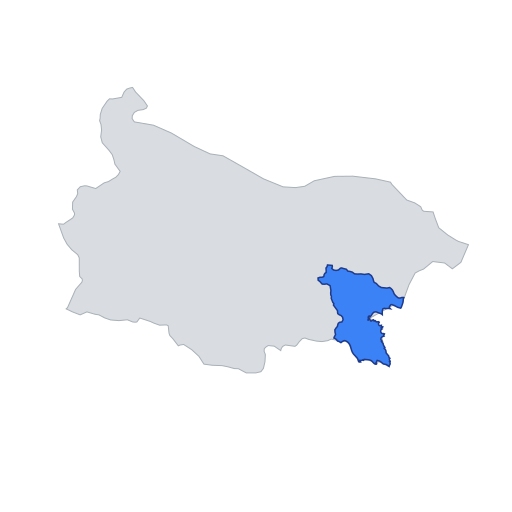 location of Burgas within Bulgaria, rotated 19°
{"feature_id": "BGR-2254", "entity_name": "Burgas", "entity_type": "Province", "adm_level": 1, "iso_a3": "BGR", "parent_name": "Bulgaria", "parent_adm1": "", "projection": "natural_earth1", "projection_center": [27.462, 42.445], "detail": "fine", "context": "in_parent", "style": "filled", "palette": "blue", "viewbox_px": 512, "rotation_deg": 19, "n_neighbors": 0, "source": "natural_earth", "source_scale": "10m", "svg_char_len": 5500}
<svg xmlns="http://www.w3.org/2000/svg" viewBox="0 0 512 512"><g transform="rotate(19 256 256)"><path d="M417.6,317.3L409.1,315.9L406.1,316.3L404.2,318.3L400.2,317.9L395.2,317.9L390.1,320.2L387.2,321.1L383.4,319.0L376.3,312.8L372.0,308.5L368.8,307.4L365.6,308.7L354.1,310.1L351.4,312.7L346.1,315.5L340.7,316.8L333.0,317.7L329.0,317.6L326.7,319.0L324.8,323.0L323.5,327.0L322.3,328.7L312.7,330.6L310.6,332.9L310.0,335.2L310.2,337.4L302.6,335.3L296.7,336.7L295.3,338.4L294.0,340.9L294.7,343.5L296.9,346.1L298.9,353.0L299.6,359.9L298.3,363.8L293.9,366.6L284.8,369.7L276.0,368.3L272.1,369.5L265.6,369.9L259.6,370.7L250.4,373.5L242.0,375.2L234.6,369.4L225.7,365.5L216.4,363.2L213.2,364.9L211.8,366.2L204.0,361.1L200.5,359.3L198.9,357.3L195.7,350.5L193.8,350.3L187.3,352.8L181.1,352.7L177.4,352.3L166.3,352.5L164.8,357.2L163.4,357.9L161.0,358.5L155.1,358.2L147.5,361.7L139.4,363.8L133.1,363.8L126.6,362.8L122.7,363.5L114.3,363.9L108.9,368.9L100.6,368.6L93.7,367.8L94.6,366.2L96.3,346.3L99.9,337.4L99.8,335.6L99.0,334.2L96.0,332.8L93.9,328.0L89.5,315.3L87.0,312.8L79.8,310.1L73.6,306.4L68.3,301.6L58.8,289.8L63.7,288.6L65.3,286.2L70.3,279.7L71.0,276.4L70.5,274.6L67.2,271.5L65.1,264.7L66.9,258.3L67.1,255.0L65.5,251.7L67.3,247.7L70.9,245.5L73.2,244.8L82.5,244.4L88.6,236.3L92.2,233.7L96.0,229.1L97.7,227.4L99.4,223.8L100.0,220.2L92.7,215.1L90.3,211.2L87.1,207.0L82.7,204.0L73.8,199.0L70.4,193.9L69.0,187.2L66.7,182.2L64.1,179.0L63.7,176.3L62.7,173.0L62.5,166.6L64.8,158.1L66.3,155.1L69.3,154.2L77.4,149.7L77.9,143.9L79.4,140.3L82.1,138.2L84.4,136.8L88.8,140.2L99.3,145.6L104.5,149.5L104.2,151.9L101.7,154.3L97.0,156.7L94.2,159.8L93.4,163.7L94.1,166.4L97.3,168.8L116.5,165.7L136.0,167.3L162.0,172.6L179.3,174.4L192.2,172.0L215.9,176.4L237.9,180.6L259.1,181.8L271.0,178.5L279.4,174.2L286.6,165.9L304.4,155.1L321.6,149.0L344.1,144.1L359.1,142.4L361.2,144.1L380.3,154.0L388.8,154.1L395.7,155.8L398.2,158.5L400.0,159.1L409.1,156.7L413.2,162.1L419.6,169.8L430.4,173.7L440.0,175.9L443.0,176.3L453.2,176.1L451.8,195.3L445.8,204.2L436.6,201.2L424.9,203.7L418.7,213.8L415.2,216.8L412.0,220.3L410.0,233.5L409.6,255.1L405.1,257.7L401.0,258.5L384.1,277.5L393.9,282.8L398.2,286.9L405.4,298.2L415.6,311.0L417.6,317.3Z" fill="#d9dde1" stroke="#a8b0b8" stroke-width="1"/><path d="M388.0,322.7L387.1,322.1L385.6,320.1L384.7,319.4L380.0,316.9L378.5,315.7L377.1,314.1L374.4,310.2L372.7,308.6L370.7,307.5L368.4,307.0L367.1,307.2L366.3,307.8L364.9,309.6L364.7,309.9L364.6,310.2L364.4,310.3L362.8,309.9L361.4,309.8L360.7,309.9L359.7,309.1L358.7,308.6L357.5,308.2L356.4,308.2L356.3,307.4L356.8,304.4L355.5,302.3L354.6,300.1L355.2,297.8L355.9,296.1L355.7,294.8L355.7,292.9L356.6,291.5L358.7,290.4L359.1,287.9L357.8,285.7L355.9,284.6L354.0,284.5L352.1,283.9L351.4,282.6L350.9,281.2L345.2,277.2L345.1,275.6L343.8,274.9L341.3,272.0L340.8,271.3L340.7,270.2L340.2,269.2L339.4,268.5L338.6,266.5L338.1,264.3L335.7,259.9L332.0,259.3L329.9,260.4L327.7,261.0L326.2,260.2L324.7,259.3L322.7,258.7L321.8,256.6L323.4,255.3L325.4,254.6L326.8,253.4L326.5,251.4L326.8,249.9L327.7,248.8L327.0,246.7L326.1,244.6L326.7,242.8L326.5,241.2L331.1,240.1L331.7,241.3L331.7,243.1L333.9,244.0L336.4,243.6L338.5,242.4L339.8,240.0L340.9,239.4L342.2,239.4L345.8,239.1L347.7,240.4L349.8,240.0L352.3,239.9L355.0,240.8L358.0,240.0L361.0,238.8L364.6,238.1L368.4,236.1L371.5,237.0L373.9,239.2L375.9,242.2L377.2,242.6L378.7,242.8L381.6,244.4L384.7,245.0L390.3,243.7L392.6,242.3L394.3,242.8L396.0,243.7L397.5,245.1L398.8,246.7L400.5,247.8L402.2,248.6L404.1,249.3L405.9,248.9L407.3,247.8L408.8,247.2L409.3,247.2L409.2,248.5L409.7,250.2L410.1,252.3L410.1,256.1L410.0,257.6L409.8,258.2L406.6,258.4L403.2,257.8L400.4,257.7L399.7,257.9L399.3,258.3L398.9,259.4L398.7,260.3L398.7,261.0L399.2,261.6L400.2,262.1L398.5,262.4L395.7,263.5L394.3,263.7L393.1,264.7L393.3,266.8L394.0,269.0L394.5,270.3L393.5,269.9L387.6,269.7L385.8,270.7L384.9,272.4L384.5,274.3L383.8,276.3L382.6,275.8L382.0,276.5L382.1,277.7L382.9,278.5L382.6,279.0L382.6,279.4L382.9,280.7L383.0,280.1L382.9,279.6L383.3,278.0L385.3,279.9L385.9,280.1L386.7,279.4L387.2,278.5L387.8,278.1L388.9,279.1L389.5,278.3L390.1,278.4L390.6,278.8L391.1,279.1L392.0,278.8L392.6,278.5L393.2,278.2L394.1,278.5L394.1,278.9L394.0,279.0L393.9,278.9L393.7,279.1L394.0,280.5L394.7,281.4L395.6,281.6L397.1,280.7L397.3,281.4L397.6,281.8L398.2,281.9L398.9,281.7L398.9,282.3L398.5,282.4L397.6,282.9L398.0,283.7L398.3,283.9L398.9,284.0L398.3,284.8L398.2,285.9L398.6,287.0L399.3,287.8L400.2,288.2L401.0,288.1L401.8,287.8L402.8,287.8L402.8,288.3L402.4,288.7L402.4,289.2L402.7,289.6L403.2,290.0L401.7,291.2L400.9,292.7L401.2,294.2L402.8,295.4L402.5,295.6L402.4,296.0L404.6,297.4L405.0,297.9L405.3,298.5L406.0,299.3L406.9,300.0L407.6,300.4L407.5,300.6L407.3,301.2L407.2,301.5L409.0,302.5L409.5,303.1L410.6,305.3L414.0,307.3L414.4,308.1L415.0,308.8L415.9,309.1L415.6,309.9L415.9,310.7L416.5,311.3L417.2,311.8L417.2,312.2L417.1,312.3L416.9,312.3L416.7,312.4L417.4,313.1L417.9,314.1L418.0,315.2L417.6,316.2L417.8,317.0L415.5,316.5L414.6,316.2L411.5,316.6L410.6,316.3L408.9,315.6L407.4,315.2L406.8,315.1L405.6,315.3L405.3,315.2L405.1,315.2L404.8,315.2L404.5,315.3L404.4,316.1L404.4,317.2L404.2,318.0L405.2,318.6L405.0,319.1L404.2,319.4L403.4,319.4L402.5,319.1L399.2,317.4L396.9,317.3L392.0,318.5L391.8,319.3L391.6,319.7L391.2,319.7L390.8,319.4L390.3,320.0L389.6,320.4L388.2,320.9L388.3,321.0L388.5,321.2L388.7,321.3L388.9,321.4L388.7,321.6L388.3,321.7L388.1,321.9L389.0,322.3L388.0,322.7Z" fill="#3b82f6" stroke="#1e3a8a" stroke-width="1.5"/></g></svg>